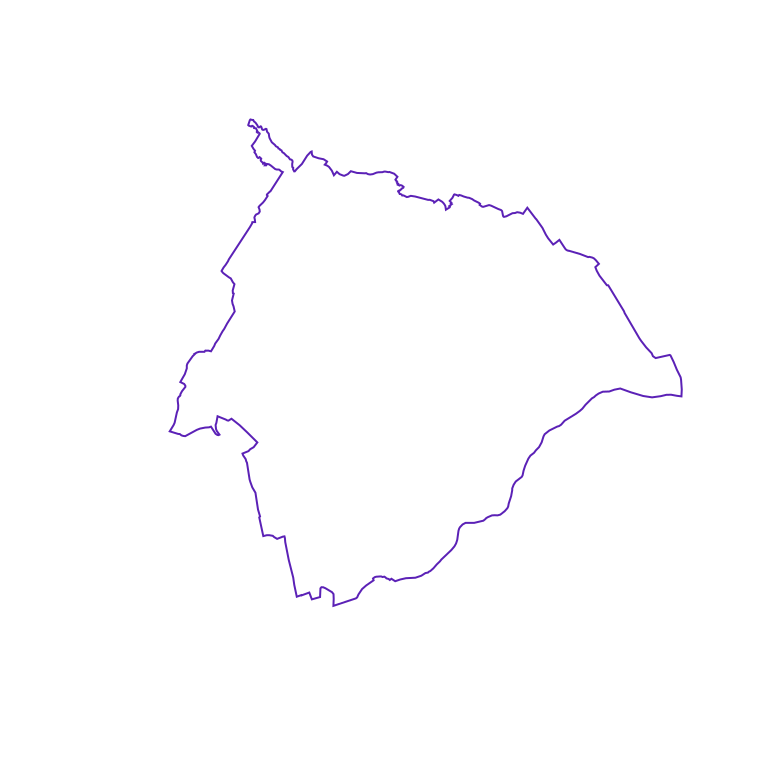 the district of Leordeni, Arges, Romania, rotated 303°
{"feature_id": "2599482B56240389829929", "entity_name": "Leordeni", "entity_type": "district", "adm_level": 2, "iso_a3": "ROU", "parent_name": "Romania", "parent_adm1": "Arges", "projection": "equal_earth", "projection_center": [25.165, 44.787], "detail": "fine", "context": "isolated", "style": "outline", "palette": "violet", "viewbox_px": 768, "rotation_deg": 303, "n_neighbors": 0, "source": "geoboundaries", "source_scale": "gbopen_adm2", "svg_char_len": 6166}
<svg xmlns="http://www.w3.org/2000/svg" viewBox="0 0 768 768"><g transform="rotate(303 384 384)"><path d="M508.9,584.6L511.5,595.6L515.1,607.9L518.8,616.1L524.5,622.7L528.8,626.8L531.4,630.7L533.6,636.0L535.6,640.2L541.6,636.7L549.4,630.8L551.2,629.1L555.5,621.8L560.2,615.0L563.6,609.4L564.0,608.7L564.0,607.8L553.7,597.7L553.8,594.4L555.6,591.7L557.5,583.9L560.2,576.2L561.4,573.3L574.6,547.1L575.7,545.7L588.9,518.3L588.2,517.1L592.2,505.7L594.8,500.8L597.1,497.6L601.8,498.8L603.2,494.3L603.7,491.7L603.5,489.9L602.5,487.0L601.6,486.1L599.8,477.6L596.4,466.3L596.1,466.0L595.8,464.4L595.9,463.0L596.7,461.0L600.4,452.6L595.9,451.1L593.1,449.9L595.6,442.3L597.4,438.4L601.2,431.9L602.8,427.9L605.2,421.8L605.2,421.3L609.9,408.2L602.4,407.9L601.8,404.8L600.6,402.1L598.8,400.8L597.2,398.7L591.3,395.3L589.5,393.6L589.5,392.8L590.0,392.1L593.3,388.9L593.6,387.9L593.6,387.2L593.0,384.6L591.9,376.7L591.4,375.0L591.2,374.6L586.8,370.9L586.2,369.9L586.3,366.6L587.5,366.4L587.6,364.7L587.0,359.6L587.1,357.3L586.5,353.9L585.8,352.6L584.6,348.5L584.2,346.2L583.5,344.1L582.3,343.9L582.1,342.0L581.4,339.8L580.9,339.6L577.4,340.0L573.3,339.4L572.7,341.8L571.9,341.7L571.8,342.9L568.7,341.8L568.5,342.8L567.7,342.8L563.9,341.0L566.5,338.7L567.3,337.4L568.0,335.7L568.5,333.6L568.4,329.1L563.4,327.3L564.3,326.0L563.4,322.1L562.4,320.6L558.2,308.0L556.4,304.0L554.1,302.3L553.2,301.3L552.8,297.7L552.0,296.6L552.5,295.6L552.3,294.4L551.9,293.7L553.0,291.9L553.1,291.0L553.4,290.8L554.7,291.4L554.7,291.8L556.7,292.4L557.5,292.3L558.0,292.8L559.2,293.3L560.0,293.1L560.2,291.1L559.9,289.8L559.4,289.0L558.9,288.9L558.6,287.0L559.6,286.8L559.3,286.0L559.5,285.7L560.6,285.2L560.8,284.7L560.6,284.3L561.3,283.7L561.3,282.9L561.6,282.3L565.1,282.4L565.9,278.0L564.8,273.1L564.0,272.2L563.0,269.7L562.3,268.5L560.8,267.3L558.5,264.0L557.2,262.6L553.9,260.3L552.1,258.2L551.3,256.3L551.1,254.1L550.4,253.4L546.3,246.4L544.4,240.3L540.4,239.4L537.1,237.4L536.6,236.4L535.8,232.5L536.3,228.9L531.8,228.3L534.5,224.1L536.1,219.7L536.2,217.6L535.7,214.9L538.1,215.2L539.6,215.1L539.6,210.9L537.7,206.2L536.3,200.7L537.2,198.6L539.6,196.7L538.7,196.1L533.7,195.2L523.8,195.3L516.6,193.7L513.8,193.4L513.4,192.9L514.5,190.9L516.0,190.0L515.9,189.2L516.3,188.7L518.6,187.1L520.6,186.3L521.5,185.4L521.7,184.2L521.2,182.8L522.3,180.1L522.2,178.2L523.1,174.3L523.0,172.6L524.1,170.7L523.8,169.4L524.3,168.4L524.0,167.2L524.7,166.1L524.5,163.8L525.1,162.3L525.6,158.3L527.8,154.3L528.7,153.2L531.2,151.0L531.9,148.5L533.8,146.6L533.7,146.0L531.6,144.7L531.2,144.1L531.1,143.3L531.5,142.6L532.6,141.4L533.0,140.6L532.9,140.2L531.2,139.5L531.0,139.0L531.0,138.5L532.0,136.9L533.2,133.9L533.4,131.9L534.2,130.5L533.7,129.7L533.1,127.9L532.2,127.8L527.2,129.1L527.0,129.9L527.6,132.4L528.6,132.7L528.9,133.2L528.6,133.6L528.8,134.3L528.7,135.2L527.9,135.7L528.7,137.4L527.0,140.2L526.4,139.9L526.0,140.1L525.9,141.0L526.6,141.4L526.4,143.3L526.1,143.5L517.1,143.8L511.7,143.4L510.1,146.6L509.4,148.8L507.8,149.1L507.0,151.3L505.3,153.8L505.0,155.4L505.3,155.7L506.5,156.1L506.3,157.6L506.0,158.4L505.1,158.4L504.3,158.9L503.9,159.7L503.6,161.6L502.8,162.7L503.1,162.9L504.3,163.0L504.3,164.4L504.0,164.9L502.5,165.0L503.2,166.1L504.8,166.0L505.6,167.8L505.6,170.0L505.0,175.7L505.4,177.1L506.6,179.1L506.7,179.7L506.3,181.9L506.6,183.7L483.7,183.8L483.3,183.5L479.2,182.6L478.7,182.8L478.3,184.0L473.4,184.0L470.3,183.7L465.7,182.6L464.0,182.5L462.5,184.6L460.9,185.9L458.8,185.9L456.4,184.4L455.1,184.3L453.4,184.5L452.9,184.7L451.7,186.0L449.6,187.7L448.0,185.4L446.7,185.9L442.7,186.1L403.9,186.0L402.0,186.3L397.7,186.3L394.4,186.0L390.3,186.2L389.6,188.1L389.4,189.4L389.0,196.0L389.1,198.0L387.0,201.9L386.3,204.2L380.0,206.2L377.9,207.8L378.0,208.7L371.3,211.0L368.7,213.4L367.2,215.5L363.5,219.3L349.2,219.5L343.1,220.0L340.3,219.9L335.6,220.2L331.7,220.7L326.0,220.4L323.4,220.9L317.2,221.1L316.2,218.2L315.3,217.2L315.1,216.4L314.5,215.9L313.2,215.9L310.3,211.4L308.5,209.9L306.3,208.8L306.3,209.1L303.2,208.4L294.1,208.0L292.2,208.5L289.7,210.1L283.8,211.6L274.7,212.1L275.2,216.4L274.4,218.3L273.4,219.0L267.9,218.5L264.4,218.8L263.8,219.3L262.9,219.4L261.6,218.9L259.5,219.0L257.7,220.0L254.0,223.1L250.8,225.0L247.3,225.8L237.5,229.5L235.0,229.9L227.6,230.1L230.0,238.5L230.8,240.0L230.6,242.1L231.1,243.9L232.0,245.7L243.6,252.0L246.4,254.0L250.1,257.8L252.4,260.9L254.0,262.1L250.5,269.9L250.5,272.0L251.0,273.1L251.9,273.6L253.5,269.4L254.7,267.7L257.9,265.1L260.0,264.6L266.3,262.0L268.0,270.7L268.1,272.4L268.6,273.5L271.8,275.0L270.8,285.4L268.9,295.7L266.0,309.6L260.0,309.1L256.4,307.3L253.9,306.9L248.6,303.2L247.4,304.8L245.6,309.0L244.2,310.5L243.3,312.0L230.7,323.3L229.1,325.2L225.6,329.8L222.8,335.4L210.1,346.7L205.4,352.2L204.2,352.0L190.7,365.6L193.4,368.1L194.7,370.1L196.1,373.4L195.8,375.2L195.9,378.7L200.9,382.3L202.0,383.5L200.7,384.9L197.6,387.3L184.6,399.9L172.2,413.3L166.6,418.2L158.1,426.7L161.9,429.6L161.7,429.9L168.4,434.9L164.1,440.8L170.5,446.4L178.0,442.0L179.5,442.2L180.4,443.7L180.8,446.0L181.1,453.8L180.3,456.1L176.3,458.9L170.4,462.4L188.9,477.2L190.4,477.7L193.6,477.2L200.1,477.3L205.4,478.8L213.7,482.2L214.9,480.7L216.9,481.4L218.1,482.4L220.6,485.7L221.1,486.5L221.3,487.9L222.6,489.2L222.6,490.7L222.3,491.9L223.0,494.1L222.8,495.6L224.7,496.3L224.7,500.8L228.9,504.1L233.1,508.2L238.6,515.8L243.5,519.7L248.0,521.7L249.8,523.6L250.9,523.8L252.4,524.7L256.3,525.8L261.4,526.5L265.7,527.5L268.0,527.7L281.4,530.9L286.2,531.5L289.5,531.3L293.2,530.3L301.5,526.4L303.6,525.8L305.2,525.7L309.0,526.4L311.9,528.0L316.7,535.3L323.5,541.8L326.0,542.6L327.0,542.7L328.7,543.5L332.6,546.1L334.3,548.4L335.7,550.8L337.8,552.7L343.1,554.5L347.0,555.1L348.8,554.9L351.7,553.7L359.2,551.7L364.7,549.4L366.3,548.4L370.2,547.6L374.0,547.6L381.1,550.1L382.8,550.0L387.5,548.2L392.4,546.9L400.1,545.7L403.7,545.8L408.0,547.3L411.1,547.5L415.5,548.4L420.9,548.0L427.0,546.3L429.4,546.1L435.1,548.0L442.7,552.5L444.0,553.7L446.3,554.7L451.6,555.5L463.6,561.2L468.1,562.9L471.3,563.8L476.3,564.3L485.2,566.2L487.4,567.3L489.8,567.9L492.9,569.2L496.7,571.7L500.4,577.0L504.7,580.3L508.9,584.6Z" fill="none" stroke="#5b21b6" stroke-width="2"/></g></svg>